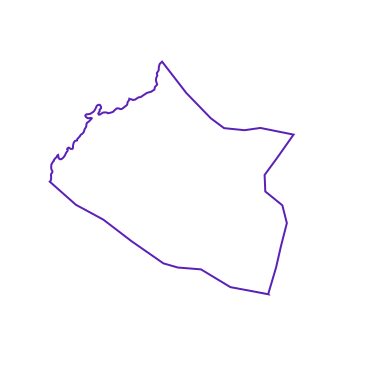 the district of Safaga, Al Bahr al Ahmar, Egypt, rotated 239°
{"feature_id": "37247803B18851026884182", "entity_name": "Safaga", "entity_type": "district", "adm_level": 2, "iso_a3": "EGY", "parent_name": "Egypt", "parent_adm1": "Al Bahr al Ahmar", "projection": "equal_earth", "projection_center": [33.857, 26.735], "detail": "fine", "context": "isolated", "style": "outline", "palette": "violet", "viewbox_px": 384, "rotation_deg": 239, "n_neighbors": 0, "source": "geoboundaries", "source_scale": "gbopen_adm2", "svg_char_len": 2256}
<svg xmlns="http://www.w3.org/2000/svg" viewBox="0 0 384 384"><g transform="rotate(239 192 192)"><path d="M64.9,204.9L65.4,204.9L84.1,225.3L99.8,240.4L116.5,257.3L133.8,262.5L134.0,262.6L154.4,255.2L154.7,255.1L169.2,263.0L177.6,283.0L188.9,308.6L211.7,283.6L217.9,268.9L230.2,252.4L245.5,246.1L279.9,238.1L319.1,233.5L318.9,232.5L318.4,230.3L317.8,229.6L316.3,228.0L314.8,227.0L313.5,226.1L312.8,224.8L312.1,223.2L311.3,222.7L310.5,222.5L309.7,222.3L308.5,220.4L306.8,218.9L305.5,218.3L303.2,217.8L302.3,217.6L301.8,217.0L301.3,214.7L300.7,213.9L299.1,212.5L299.1,210.7L299.0,208.7L299.5,206.8L300.2,204.3L299.9,198.7L299.8,197.5L299.8,196.8L300.7,194.8L300.5,191.0L301.2,188.8L302.4,188.1L302.9,187.4L303.1,187.1L304.2,186.3L303.5,185.7L302.8,184.7L302.4,183.4L301.9,182.8L300.7,181.9L300.0,180.8L299.7,178.0L299.4,175.9L299.4,174.4L300.1,173.1L300.7,172.8L301.3,172.3L302.3,170.9L302.4,170.4L302.1,168.7L301.9,167.4L301.4,166.1L301.6,164.2L302.1,162.5L302.8,160.5L303.4,160.3L303.9,159.9L304.3,159.5L304.8,158.8L305.3,157.9L305.9,156.6L305.9,154.7L305.8,152.9L306.3,152.0L307.4,152.0L308.3,153.3L309.0,154.7L309.7,155.0L310.2,155.3L310.6,157.1L311.8,157.9L313.6,158.0L314.4,157.7L315.0,156.3L314.9,154.7L314.2,153.8L313.2,152.3L312.3,150.8L311.6,149.2L311.5,147.8L311.4,145.0L312.2,142.9L313.0,141.4L312.7,140.2L312.1,139.8L310.9,139.8L309.2,140.4L308.3,141.7L307.7,143.5L306.8,144.0L306.3,143.1L306.0,141.6L305.5,139.9L305.4,137.6L304.4,136.4L303.0,135.4L302.2,134.5L301.3,132.6L300.5,131.6L299.6,130.7L298.8,129.4L298.4,127.8L298.4,126.4L297.8,124.9L297.5,124.6L296.4,120.8L295.4,120.1L295.7,119.1L296.0,118.2L295.9,117.5L295.0,115.8L294.2,115.0L293.0,113.9L290.8,112.4L290.6,111.7L291.4,110.2L292.4,109.8L293.5,109.3L293.6,108.0L293.0,107.0L292.1,107.2L291.2,106.3L290.6,104.5L289.9,103.5L288.8,101.9L287.8,99.5L287.4,97.0L288.0,95.8L288.8,95.3L290.2,95.3L291.6,95.9L292.7,96.3L292.7,95.6L292.4,94.9L291.8,94.2L291.0,91.1L290.3,89.8L289.9,89.7L289.5,88.3L288.7,86.8L288.0,85.6L285.2,83.7L283.4,83.1L281.6,83.0L281.1,82.7L280.5,81.8L280.2,80.8L279.0,79.7L278.1,79.4L275.7,77.9L274.4,76.6L274.1,75.4L240.8,85.9L213.9,101.8L181.0,114.8L145.6,130.7L134.6,140.9L121.1,159.8L90.7,175.9L64.9,204.9Z" fill="none" stroke="#5b21b6" stroke-width="2"/></g></svg>